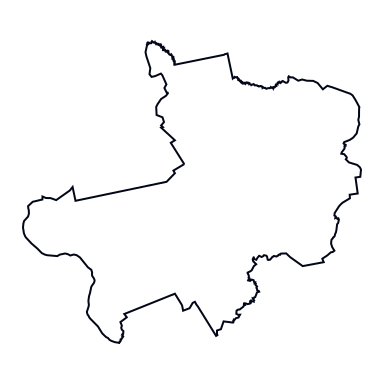 Pampāļu pag., Saldus, Latvia (Mercator projection)
{"feature_id": "27541924B77529018431464", "entity_name": "Pampāļu pag.", "entity_type": "district", "adm_level": 2, "iso_a3": "LVA", "parent_name": "Latvia", "parent_adm1": "Saldus", "projection": "mercator", "projection_center": [22.17, 56.561], "detail": "fine", "context": "isolated", "style": "outline", "palette": "ink", "viewbox_px": 384, "rotation_deg": 0, "n_neighbors": 0, "source": "geoboundaries", "source_scale": "gbopen_adm2", "svg_char_len": 5847}
<svg xmlns="http://www.w3.org/2000/svg" viewBox="0 0 384 384"><path d="M323.7,262.2L322.3,258.7L327.2,255.5L330.9,252.3L332.7,252.0L334.4,250.7L332.2,247.1L331.1,243.6L331.4,240.2L331.7,239.4L332.8,238.4L333.0,237.6L334.1,236.8L334.7,236.0L335.0,234.3L335.9,232.4L336.4,230.1L337.1,224.3L338.1,223.1L338.9,219.6L338.4,218.4L337.4,218.9L336.5,217.5L335.3,218.1L335.5,216.2L334.4,215.5L334.7,213.0L339.0,206.3L340.3,204.8L342.4,202.8L349.9,198.3L349.7,194.7L357.7,193.5L355.5,177.5L360.3,176.8L361.0,169.6L360.8,169.1L359.8,167.2L357.1,164.9L348.9,162.4L345.8,159.3L346.7,158.1L346.8,157.6L346.3,156.6L344.2,154.2L341.3,153.7L341.8,152.2L344.3,148.9L344.7,147.8L344.4,146.5L344.6,145.9L345.6,145.8L345.7,144.8L344.2,144.1L343.6,143.4L344.2,142.1L349.6,140.0L353.1,137.7L356.7,133.4L358.3,126.4L359.4,124.4L358.3,119.9L359.0,116.7L359.1,108.1L359.4,107.2L355.4,99.8L352.6,95.4L350.4,93.8L332.3,87.3L327.3,85.8L322.9,89.3L317.6,83.0L313.2,80.9L306.8,80.7L302.1,79.5L298.3,80.7L292.9,77.4L290.5,77.4L288.8,76.3L288.2,77.3L288.5,80.3L287.7,82.2L287.2,82.6L285.9,82.8L282.7,81.0L281.5,81.6L281.6,82.1L280.3,83.1L279.8,82.8L279.9,82.3L279.3,82.3L279.1,81.9L278.5,82.5L278.2,82.3L278.0,82.6L278.3,82.9L278.1,83.2L277.3,83.4L277.5,84.5L276.8,84.4L276.2,85.0L275.8,84.8L275.6,85.7L276.1,86.2L275.0,86.7L275.0,87.0L274.6,87.4L273.8,87.5L273.5,88.1L273.4,87.6L272.6,88.0L272.2,87.6L272.3,87.4L271.6,87.6L271.0,87.2L270.9,87.8L270.3,87.7L269.8,88.2L268.2,88.1L266.3,88.8L265.1,87.8L264.2,88.0L263.2,87.3L262.6,87.8L262.5,86.8L261.8,86.3L261.5,86.6L260.5,86.0L259.0,86.5L258.6,86.0L257.6,86.0L257.0,85.3L254.8,85.3L254.6,84.8L253.5,84.1L253.0,84.6L252.3,84.5L251.3,85.1L251.1,84.6L249.8,84.2L249.6,83.6L249.1,84.0L248.9,83.2L248.5,83.2L248.7,82.9L247.8,82.5L247.2,82.9L246.5,82.4L245.5,82.8L245.7,83.4L245.4,83.9L244.3,82.9L243.9,83.4L243.6,83.1L243.2,83.3L242.7,82.5L242.2,83.3L242.0,83.1L241.8,82.1L241.0,82.2L241.0,81.2L240.3,81.2L240.4,80.8L240.9,81.0L240.7,80.6L240.0,80.5L239.1,79.8L238.8,80.3L238.5,80.2L238.7,79.8L238.3,79.4L238.7,78.9L238.3,78.4L237.8,78.5L237.7,78.1L237.2,77.9L237.1,77.1L235.5,77.1L234.7,77.6L234.4,77.1L233.6,78.0L233.2,77.7L232.7,78.3L227.5,53.5L224.6,54.3L224.0,54.8L174.4,64.8L174.3,64.3L175.0,64.3L174.1,61.8L174.8,61.7L174.7,61.0L174.3,60.5L174.0,61.1L173.5,60.9L173.4,59.9L173.6,59.6L173.0,59.2L173.4,58.6L172.6,58.5L173.0,57.9L172.7,57.7L173.3,56.9L172.8,56.5L172.3,57.1L172.1,56.8L172.2,56.2L171.2,55.1L171.5,54.7L171.1,54.2L170.3,54.9L169.5,54.6L167.2,51.8L167.5,51.6L168.5,52.1L168.4,51.0L167.7,50.6L167.1,50.7L165.9,51.7L165.5,51.5L165.3,50.1L164.6,49.3L163.6,49.6L163.8,50.1L163.0,50.1L163.0,48.4L163.6,47.7L162.8,47.6L163.0,46.8L161.4,47.1L161.8,47.7L161.3,47.7L161.0,47.0L161.1,45.3L160.2,45.4L160.4,44.3L159.2,44.4L158.8,44.8L159.0,45.1L158.4,44.9L158.3,43.8L157.4,43.7L156.9,44.2L156.2,44.3L156.0,43.1L155.5,43.2L154.9,42.0L154.4,42.7L153.7,42.6L152.0,41.1L151.5,41.8L152.0,42.4L151.3,42.7L151.2,43.2L149.1,43.4L149.0,42.7L147.8,42.4L147.2,43.1L147.5,43.7L147.0,44.5L147.6,44.8L147.0,45.4L145.5,52.2L146.4,56.3L150.3,68.1L149.5,74.3L151.6,76.9L155.1,76.1L160.9,73.6L162.3,75.2L166.4,84.4L164.4,88.0L166.7,92.7L167.6,92.6L167.9,93.2L166.1,95.7L161.1,99.0L157.5,104.3L156.2,106.9L156.6,115.0L162.5,117.3L164.0,122.1L161.1,125.5L162.9,127.1L161.2,127.7L174.9,140.3L170.8,142.8L183.9,163.6L183.6,164.5L173.4,170.6L174.9,173.2L166.6,181.8L75.5,200.8L72.6,187.0L69.8,190.5L56.2,200.1L50.6,198.1L45.9,198.0L42.5,196.5L42.4,199.5L32.7,201.8L28.1,206.1L28.2,207.8L28.8,210.4L28.9,213.7L28.1,216.5L24.1,221.0L23.4,223.5L23.0,227.5L23.9,233.2L25.2,236.4L26.1,237.7L31.6,243.6L37.4,248.6L41.8,253.1L45.1,254.7L47.1,255.2L57.3,256.1L59.8,254.6L65.1,253.5L67.7,254.1L70.3,255.5L73.8,254.5L76.7,255.2L80.0,257.5L87.9,267.3L91.3,269.8L92.1,272.4L92.0,274.6L92.2,275.9L93.6,277.9L94.4,279.6L94.6,280.7L94.0,282.8L91.6,286.2L91.2,287.2L90.1,292.6L89.0,296.4L88.4,301.0L88.9,305.1L88.5,306.8L86.9,311.8L87.0,312.7L87.7,314.9L88.3,315.4L89.4,317.6L90.3,318.7L98.0,326.5L102.1,333.2L104.5,335.6L106.1,337.1L108.0,338.0L109.5,339.8L111.2,340.8L114.7,342.1L119.2,342.9L119.4,342.1L119.9,341.9L119.8,341.4L120.6,341.0L120.8,340.5L120.6,339.5L121.4,339.3L121.7,338.7L121.6,338.4L122.7,337.4L122.9,336.9L122.5,336.5L123.0,336.2L122.7,335.9L122.8,335.6L122.6,334.8L122.1,334.7L122.5,334.0L123.2,333.8L123.4,331.1L121.8,329.6L121.2,327.8L121.9,325.7L120.4,322.1L126.8,317.3L124.3,314.0L174.9,293.7L181.6,304.5L182.2,305.9L183.1,310.7L189.6,308.2L192.7,302.9L194.9,301.8L196.1,303.9L196.1,304.2L198.0,306.7L216.1,335.9L217.4,335.1L217.0,333.7L217.0,330.5L220.9,329.2L223.6,321.4L233.0,322.6L233.6,321.8L233.2,320.8L233.9,319.5L234.5,319.9L235.9,318.2L238.5,317.5L240.0,314.7L238.2,314.8L236.3,313.8L236.6,310.6L238.1,309.6L239.7,309.5L243.3,306.7L243.8,305.9L243.9,304.4L244.6,305.1L245.0,305.0L244.3,303.6L244.8,303.2L247.7,304.1L250.2,303.5L250.7,303.0L250.1,302.1L250.1,301.2L251.0,300.5L251.7,301.6L252.7,301.3L253.7,301.6L253.6,300.9L254.1,300.3L253.0,299.1L252.8,298.3L253.7,298.6L254.1,297.5L255.2,297.1L256.4,294.1L256.7,293.0L257.2,292.3L259.2,291.7L259.0,291.2L257.2,290.3L257.1,289.1L256.4,287.8L257.1,286.5L255.6,285.1L255.8,283.7L254.5,283.6L254.5,283.2L255.1,282.2L254.1,282.0L253.6,280.2L251.8,279.6L250.2,280.9L248.1,280.4L248.4,279.7L249.6,279.8L249.8,279.4L249.6,278.3L248.6,277.6L248.9,276.5L248.6,275.0L248.2,274.5L248.2,274.0L247.6,273.2L247.6,272.6L250.7,271.1L251.8,270.1L253.8,266.2L256.2,264.2L253.2,261.3L252.7,259.3L253.6,257.4L253.9,257.5L254.0,259.0L256.3,259.8L257.6,257.6L259.1,255.8L261.7,257.0L263.3,256.1L263.9,255.2L264.7,255.3L266.3,255.7L267.0,256.4L267.7,259.7L268.3,260.0L270.2,259.6L272.5,256.8L273.3,256.6L273.8,256.0L276.6,256.5L277.4,255.8L278.2,255.6L278.6,254.8L280.0,254.7L279.9,254.2L280.9,253.6L286.2,253.4L290.1,257.1L302.7,266.1L323.7,262.2Z" fill="none" stroke="#020617" stroke-width="2"/></svg>